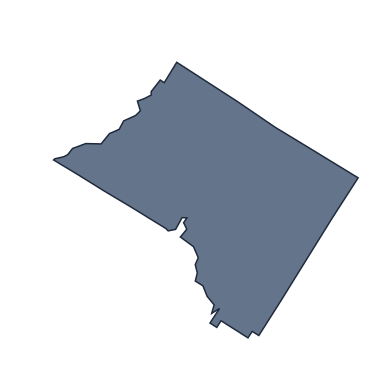 Lawrence, Arkansas, United States of America, rotated 211°
{"feature_id": "52423323B35543237136284", "entity_name": "Lawrence", "entity_type": "district", "adm_level": 2, "iso_a3": "USA", "parent_name": "United States of America", "parent_adm1": "Arkansas", "projection": "orthographic", "projection_center": [-91.031, 36.069], "detail": "fine", "context": "isolated", "style": "filled", "palette": "slate", "viewbox_px": 384, "rotation_deg": 211, "n_neighbors": 0, "source": "geoboundaries", "source_scale": "gbopen_adm2", "svg_char_len": 808}
<svg xmlns="http://www.w3.org/2000/svg" viewBox="0 0 384 384"><g transform="rotate(211 192 192)"><path d="M201.0,293.0L271.9,295.3L272.1,271.4L276.9,271.6L278.7,256.9L276.8,254.3L281.0,247.5L285.6,241.8L278.1,235.0L279.7,228.6L287.2,217.8L286.7,208.2L292.8,199.6L294.7,186.4L308.0,178.8L316.8,167.8L317.8,159.9L320.0,156.3L326.7,149.8L327.1,148.2L317.7,148.1L299.5,148.1L267.4,147.6L234.6,147.7L195.4,147.2L192.4,146.4L186.8,151.5L187.3,164.9L183.1,167.2L183.4,161.4L177.3,157.4L178.8,147.4L162.5,145.9L152.8,138.9L151.8,131.4L145.8,125.4L143.3,117.3L134.3,117.2L125.2,110.3L114.9,106.7L112.6,98.1L108.4,106.4L109.1,88.9L101.0,88.7L100.8,96.6L68.9,95.8L68.6,103.5L60.8,103.4L59.8,143.3L58.4,241.0L56.9,289.7L127.3,290.2L153.8,290.3L201.0,293.0Z" fill="#64748b" stroke="#1e293b" stroke-width="1.5"/></g></svg>